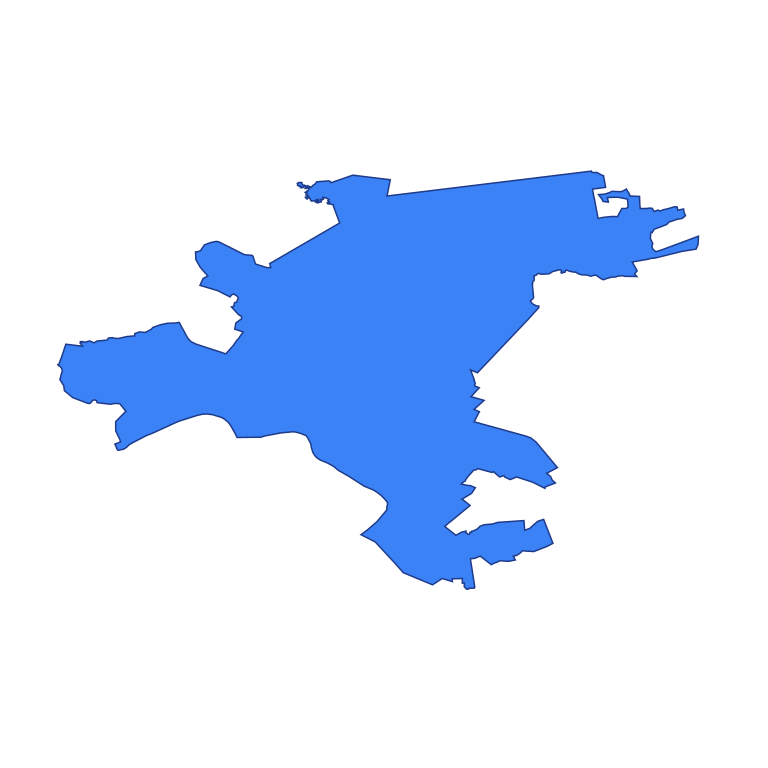 outline of Ķekavas pag., Kekavas, Latvia, rotated 176°
{"feature_id": "27541924B56156234267129", "entity_name": "Ķekavas pag.", "entity_type": "district", "adm_level": 2, "iso_a3": "LVA", "parent_name": "Latvia", "parent_adm1": "Kekavas", "projection": "equal_earth", "projection_center": [24.179, 56.814], "detail": "fine", "context": "isolated", "style": "filled", "palette": "blue", "viewbox_px": 768, "rotation_deg": 176, "n_neighbors": 0, "source": "geoboundaries", "source_scale": "gbopen_adm2", "svg_char_len": 6152}
<svg xmlns="http://www.w3.org/2000/svg" viewBox="0 0 768 768"><g transform="rotate(176 384 384)"><path d="M654.2,336.6L653.2,336.4L647.5,337.4L644.3,339.5L642.8,341.0L637.6,343.5L624.6,349.1L617.7,351.3L595.1,359.8L591.0,361.2L573.4,365.5L567.3,366.5L563.3,366.5L557.3,365.4L548.5,362.0L545.8,360.2L542.5,357.2L540.3,354.1L536.0,345.1L534.3,340.9L510.4,339.5L507.1,340.4L490.3,342.4L478.6,342.7L476.1,342.4L471.0,340.7L465.3,337.9L464.0,335.9L461.3,329.6L460.8,325.3L459.6,320.3L457.3,316.3L455.1,314.2L452.4,312.3L446.0,309.2L440.0,305.3L435.5,301.0L425.6,294.4L410.8,283.4L402.1,279.1L398.7,276.6L394.4,272.8L391.0,268.8L388.8,265.6L389.1,262.9L389.9,260.8L389.9,258.3L400.8,247.0L410.7,239.6L417.5,235.3L403.7,227.0L384.9,203.6L377.9,194.4L349.6,180.3L339.5,185.9L329.5,182.1L329.6,184.9L319.4,184.5L319.8,179.9L317.7,179.8L318.1,176.2L315.9,173.5L314.1,173.6L313.9,174.2L313.9,173.9L313.6,173.9L313.6,174.3L308.3,174.1L308.3,174.9L307.6,175.1L310.0,203.3L309.6,203.6L305.4,203.8L300.0,205.6L289.6,196.3L286.5,197.6L283.5,198.4L280.9,199.6L272.1,198.4L265.2,199.3L265.9,200.5L266.3,202.2L267.0,203.2L264.7,203.8L264.3,203.5L260.6,205.4L257.3,208.1L256.0,207.7L246.3,206.4L232.5,210.7L226.6,213.3L234.2,237.8L240.3,236.3L248.7,229.8L253.9,228.3L253.9,238.0L280.5,238.0L285.3,236.8L293.9,236.6L298.3,235.3L301.0,232.9L304.9,231.3L306.9,231.0L307.1,229.9L308.7,230.0L309.3,228.1L311.1,228.3L311.6,229.3L312.8,229.8L312.4,231.5L316.7,230.9L322.9,228.1L333.3,237.6L328.0,241.8L327.8,241.7L306.6,256.8L313.2,262.9L314.4,263.6L304.2,268.8L300.1,274.2L304.8,276.5L308.9,277.3L313.8,278.9L312.0,280.5L309.5,281.7L309.4,282.5L307.1,285.4L300.4,291.9L298.2,291.9L296.6,292.9L295.9,292.9L282.3,288.2L280.9,288.9L275.2,283.2L270.7,284.2L269.8,282.6L264.9,279.9L264.1,280.0L258.2,282.0L242.6,275.7L230.7,268.7L230.3,270.1L219.9,273.3L222.9,276.4L224.3,280.1L227.9,283.6L216.8,288.5L236.3,315.4L241.2,319.9L246.0,322.1L296.7,340.0L291.3,349.0L290.7,349.4L290.8,349.7L295.9,352.4L285.3,360.7L298.1,365.3L289.2,373.6L293.7,375.7L292.9,378.5L293.9,381.5L293.7,381.5L293.7,382.2L296.7,392.0L290.0,388.7L235.7,438.4L224.3,449.4L224.1,450.9L226.2,451.2L229.1,452.8L230.8,454.2L232.2,456.8L229.9,458.3L228.7,459.9L229.1,472.9L228.8,473.1L228.4,476.0L227.2,476.5L226.8,478.0L226.9,481.5L224.8,481.7L223.3,483.3L221.9,483.5L219.5,482.5L211.7,482.4L207.8,484.4L201.4,485.6L200.0,485.5L199.1,485.0L198.8,484.2L199.5,483.5L199.6,482.7L199.4,482.3L198.6,482.2L197.3,482.9L196.4,482.7L195.5,483.0L195.3,483.6L195.5,484.0L194.2,485.0L191.2,483.6L187.4,482.5L184.6,482.1L183.1,480.7L179.4,479.1L174.5,478.7L170.1,477.1L167.7,477.7L164.9,477.7L159.1,473.2L158.0,472.8L157.2,472.8L154.9,473.6L149.5,474.7L145.4,474.6L143.7,475.2L138.6,475.4L136.1,474.6L124.3,473.6L126.4,476.3L123.6,479.2L127.8,488.4L110.7,490.2L109.3,490.7L104.9,490.7L77.5,495.5L63.2,496.8L60.9,501.6L60.0,509.5L97.7,498.4L103.6,497.0L106.2,499.6L106.9,501.1L107.0,503.3L106.1,505.3L108.1,510.6L107.4,515.8L106.8,516.9L105.8,516.4L103.7,519.5L90.8,523.4L88.6,525.6L80.6,527.7L74.9,528.4L71.5,530.9L72.8,534.8L72.9,537.7L78.8,536.9L79.2,540.2L81.6,540.6L87.8,539.2L93.5,538.3L96.0,537.4L97.4,537.7L98.5,538.4L102.5,537.3L104.2,540.6L106.3,540.7L106.7,541.1L109.3,540.6L109.3,540.8L116.1,541.1L116.3,544.9L116.0,553.3L125.7,554.4L125.8,556.0L128.7,561.6L131.7,560.0L134.5,559.3L143.2,560.3L145.4,559.3L150.6,558.0L156.8,558.0L154.0,553.7L152.7,550.8L147.5,549.8L148.1,554.5L137.4,554.0L128.2,551.4L128.1,543.7L130.1,542.2L134.5,542.5L139.4,534.7L144.8,535.2L152.9,535.0L158.9,534.2L161.4,555.7L161.6,555.8L162.4,563.9L149.2,564.7L150.5,576.6L151.6,576.8L156.7,580.1L161.8,580.5L162.2,581.9L367.9,571.3L363.5,587.3L400.5,594.5L422.8,588.5L423.9,590.1L425.5,590.5L437.0,590.4L438.7,588.4L441.3,586.9L442.7,585.2L446.7,587.3L447.6,586.5L448.2,585.2L448.9,584.6L447.4,584.4L446.5,585.1L444.4,584.9L445.4,584.1L446.1,582.1L447.4,581.9L447.8,580.9L448.8,581.0L449.3,580.7L448.5,579.9L447.6,579.9L448.7,578.0L446.6,577.6L446.1,576.3L449.2,576.0L449.5,575.7L448.5,574.4L447.7,573.9L446.5,575.0L445.7,574.9L444.6,574.0L444.6,572.8L443.5,571.5L440.5,571.6L439.8,571.1L439.9,570.4L439.7,570.2L439.2,570.3L438.8,571.2L438.1,571.4L438.7,571.8L439.0,572.3L437.6,572.8L436.2,571.8L437.2,570.4L438.2,569.8L438.2,569.5L437.7,569.3L433.8,570.1L434.0,571.4L433.1,571.9L434.0,572.6L431.7,572.6L431.3,572.9L431.9,573.5L432.0,574.5L430.1,574.2L426.2,572.1L425.9,571.7L426.2,571.4L427.2,570.9L426.6,569.8L425.7,569.4L425.7,568.5L426.3,568.3L427.5,568.8L428.1,568.6L427.4,567.6L423.7,567.0L422.0,566.2L422.2,565.5L417.0,547.7L489.6,512.1L488.9,508.1L492.6,508.2L503.0,512.3L503.6,512.6L504.1,513.8L505.8,520.6L506.6,521.5L513.9,522.7L515.0,523.2L538.6,537.2L541.3,538.0L547.5,537.1L553.3,535.3L557.2,530.6L557.4,529.9L561.0,528.9L562.8,528.9L563.0,521.2L559.1,513.1L552.2,504.0L557.1,501.9L560.7,495.2L543.6,488.8L531.5,481.6L530.0,483.4L527.7,484.4L524.2,481.7L523.3,479.9L525.5,475.8L527.4,475.6L528.6,471.9L530.8,471.5L524.2,463.3L521.7,461.6L521.3,459.1L526.8,455.8L527.6,454.9L529.1,449.1L520.9,445.8L526.6,438.7L527.2,438.5L532.0,432.6L539.7,425.1L568.7,436.9L573.2,439.5L574.9,441.2L576.7,443.7L584.0,459.7L588.5,459.4L595.8,459.7L603.3,458.6L610.5,456.6L612.5,454.7L618.5,452.1L624.3,453.0L629.1,451.7L629.3,449.4L637.1,449.3L645.2,448.0L647.7,448.1L651.4,448.9L651.6,449.2L655.7,449.1L657.2,447.1L667.2,446.9L670.4,445.3L674.7,447.5L679.4,446.5L682.9,447.6L683.9,447.2L683.1,446.4L684.2,445.9L682.1,442.7L698.6,445.9L703.3,434.4L707.0,426.3L708.0,426.1L707.2,424.8L706.1,424.3L704.6,422.3L703.9,419.5L704.8,417.6L707.0,411.0L703.6,404.7L703.3,399.6L695.4,392.1L680.5,385.2L678.5,385.2L675.6,388.1L673.5,388.3L671.8,387.4L671.5,385.4L658.3,382.9L653.5,383.4L649.0,382.8L643.4,374.8L654.3,365.2L654.9,355.9L651.4,347.1L650.8,344.7L656.7,342.8L655.4,339.7L655.2,338.3L654.2,336.6ZM449.6,587.9L450.3,587.8L451.2,588.4L451.7,589.4L452.6,590.2L452.7,590.5L452.2,590.7L452.5,590.9L455.6,590.9L455.9,590.1L456.5,589.9L456.0,589.0L456.4,588.2L454.7,587.2L453.3,587.2L452.4,586.3L453.3,585.7L452.1,585.5L450.2,586.0L450.0,586.7L449.6,586.9L448.6,586.5L448.7,587.4L449.6,587.9Z" fill="#3b82f6" stroke="#1e3a8a" stroke-width="1.5"/></g></svg>